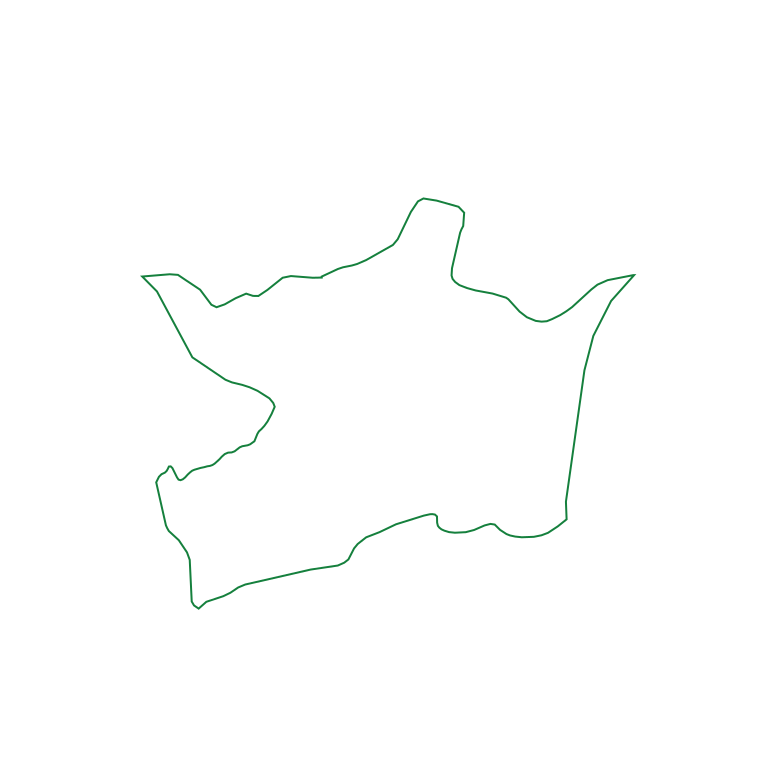 map outline of Bomi (Equal Earth projection), rotated 242°
{"feature_id": "LBR-783", "entity_name": "Bomi", "entity_type": "County", "adm_level": 1, "iso_a3": "LBR", "parent_name": "Liberia", "parent_adm1": "", "projection": "equal_earth", "projection_center": [-10.785, 6.699], "detail": "fine", "context": "isolated", "style": "outline", "palette": "green", "viewbox_px": 768, "rotation_deg": 242, "n_neighbors": 0, "source": "natural_earth", "source_scale": "10m", "svg_char_len": 2158}
<svg xmlns="http://www.w3.org/2000/svg" viewBox="0 0 768 768"><g transform="rotate(242 384 384)"><path d="M362.7,655.9L350.7,623.5L328.2,591.4L302.0,567.4L194.7,489.4L178.8,481.7L176.7,470.6L175.6,458.9L176.5,452.0L178.7,444.6L184.0,433.7L187.7,428.2L191.1,424.2L194.0,421.7L200.7,418.0L207.9,415.8L210.5,412.3L211.9,406.4L212.8,395.0L214.8,386.6L219.4,376.8L222.7,371.9L226.1,368.5L228.7,366.5L231.2,365.4L233.5,365.0L236.6,365.8L242.2,368.6L244.8,367.7L246.4,365.6L247.4,363.5L249.1,357.4L254.5,328.7L255.3,310.5L257.0,296.3L255.1,285.7L252.9,280.4L245.8,270.2L244.9,265.0L245.4,258.0L254.6,232.1L272.1,167.3L272.8,159.7L271.8,150.4L272.1,142.5L275.1,124.9L272.7,114.9L277.7,112.3L282.2,112.1L319.9,129.9L327.8,131.0L342.4,129.5L355.2,125.0L358.5,124.9L361.6,125.1L404.1,136.7L407.7,141.7L408.8,145.2L408.6,148.9L409.3,151.3L410.5,153.2L412.1,155.3L411.4,157.0L409.1,157.7L398.7,157.4L396.0,157.7L394.6,159.2L394.3,161.6L394.9,164.6L396.2,168.2L397.0,171.2L397.5,173.9L397.3,176.4L396.0,182.7L395.0,186.1L394.3,189.3L393.4,191.9L393.0,194.5L393.2,197.1L394.8,203.4L396.0,206.7L396.9,210.5L396.6,214.1L395.1,217.4L394.7,220.5L395.8,226.8L395.6,229.6L393.9,234.9L393.6,237.5L394.3,242.7L399.4,248.8L400.9,251.3L401.8,254.8L403.2,258.7L405.6,263.6L410.4,270.8L415.2,276.8L419.2,277.3L425.1,276.1L437.4,269.1L444.2,263.8L449.8,258.4L456.8,250.5L462.2,246.0L497.5,227.3L572.3,227.0L592.4,221.0L581.5,246.3L577.1,253.3L567.5,258.4L567.0,258.7L553.6,265.9L535.0,268.8L530.4,272.2L529.1,280.7L529.4,293.3L528.5,304.7L523.3,309.7L520.7,314.4L521.8,325.2L525.4,344.4L523.0,352.5L511.3,370.9L507.2,379.0L508.1,379.4L507.2,397.2L506.3,402.6L503.7,411.3L502.6,416.5L501.8,426.4L502.6,457.2L505.4,464.1L523.3,488.5L529.3,499.7L529.3,505.9L521.2,516.6L505.5,533.0L497.6,535.2L486.3,528.1L484.2,525.0L481.8,522.2L454.3,498.4L448.1,494.6L444.6,493.9L440.7,494.7L435.9,497.0L429.8,502.3L423.6,508.8L412.9,522.3L402.9,532.3L400.4,533.6L384.3,537.7L375.9,541.5L368.5,547.6L365.1,552.4L363.0,557.2L362.4,562.8L362.1,571.7L362.6,579.0L363.6,586.2L370.1,611.4L371.5,619.1L370.7,630.2L363.1,655.2L362.8,655.7L362.7,655.9Z" fill="none" stroke="#15803d" stroke-width="2"/></g></svg>